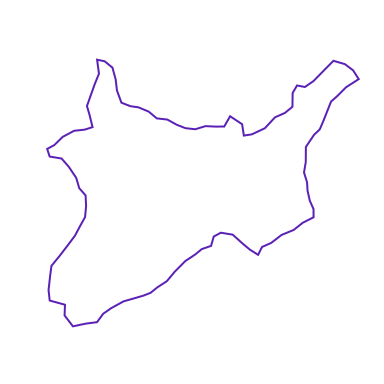 Mauá, São Paulo, Brazil (orthographic projection), rotated 8°
{"feature_id": "56859067B13191510448941", "entity_name": "Mauá", "entity_type": "district", "adm_level": 2, "iso_a3": "BRA", "parent_name": "Brazil", "parent_adm1": "São Paulo", "projection": "orthographic", "projection_center": [-46.443, -23.666], "detail": "fine", "context": "isolated", "style": "outline", "palette": "violet", "viewbox_px": 384, "rotation_deg": 8, "n_neighbors": 0, "source": "geoboundaries", "source_scale": "gbopen_adm2", "svg_char_len": 1371}
<svg xmlns="http://www.w3.org/2000/svg" viewBox="0 0 384 384"><g transform="rotate(8 192 192)"><path d="M313.8,42.4L304.2,55.3L296.9,65.2L289.2,72.3L281.2,71.9L277.9,79.9L279.6,93.6L273.1,100.7L263.8,106.5L255.3,118.7L243.2,126.6L235.5,128.9L232.2,117.9L219.2,111.7L214.8,122.7L205.8,124.0L196.2,124.9L186.5,129.4L176.7,129.7L167.4,127.5L157.5,123.7L146.9,124.0L137.9,118.4L127.1,115.6L119.0,115.6L109.7,113.4L103.6,102.0L100.7,91.0L95.9,79.9L87.3,74.7L79.6,74.2L83.4,87.8L80.6,99.0L76.0,121.5L79.6,129.4L84.5,141.6L77.0,145.2L66.7,147.8L56.3,155.4L49.1,164.7L42.6,169.5L46.1,176.7L58.2,177.0L66.7,184.4L75.4,194.2L79.8,203.9L87.1,210.2L89.1,220.7L89.6,231.7L85.5,242.4L82.2,251.5L77.0,261.0L69.8,273.7L63.1,284.7L63.2,295.4L63.6,309.1L66.2,319.3L81.9,321.3L83.0,332.0L92.8,341.6L104.9,337.2L116.1,334.1L121.0,324.9L128.2,318.2L139.5,309.8L148.5,305.8L158.3,301.4L165.0,297.6L171.0,291.2L179.5,283.8L186.1,273.2L195.0,261.3L203.9,253.4L209.6,247.2L218.4,242.7L219.7,233.1L226.2,228.3L238.3,228.6L248.8,235.7L257.3,241.0L266.2,245.0L269.0,236.7L277.5,231.4L286.6,222.1L298.0,215.4L305.9,207.1L315.9,200.1L314.7,192.0L309.8,184.1L306.2,174.5L304.6,166.4L300.2,157.1L300.5,146.6L298.5,131.5L304.9,118.4L309.8,112.2L312.2,103.4L315.2,91.0L317.1,83.1L322.5,76.8L330.0,66.8L341.4,57.0L334.6,49.1L325.6,44.1L313.8,42.4Z" fill="none" stroke="#5b21b6" stroke-width="2"/></g></svg>